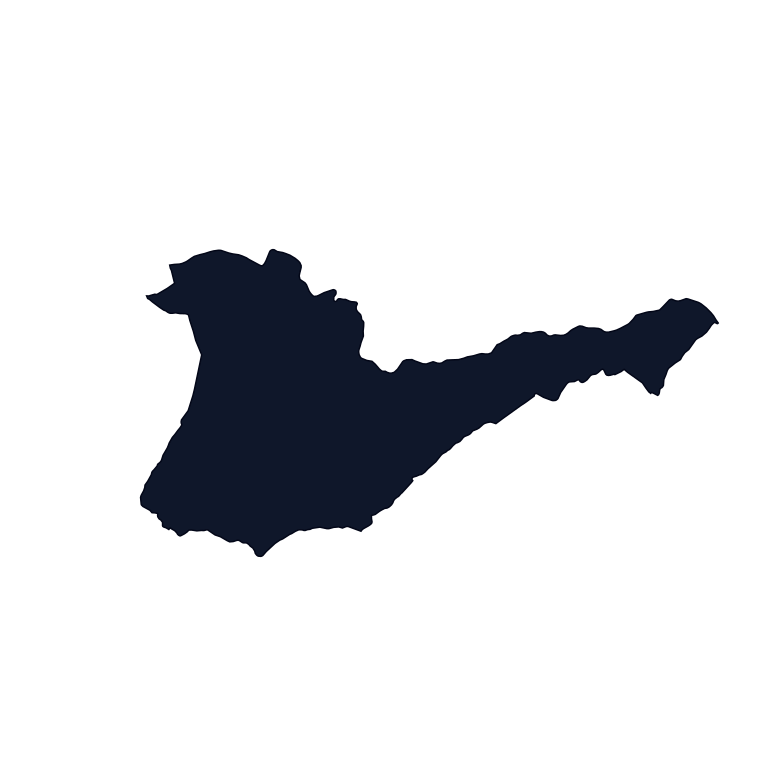 Guachapala, Azuay, Ecuador, rotated 33°
{"feature_id": "8360857B86752754342516", "entity_name": "Guachapala", "entity_type": "district", "adm_level": 2, "iso_a3": "ECU", "parent_name": "Ecuador", "parent_adm1": "Azuay", "projection": "natural_earth1", "projection_center": [-78.692, -2.767], "detail": "fine", "context": "isolated", "style": "filled", "palette": "ink", "viewbox_px": 768, "rotation_deg": 33, "n_neighbors": 0, "source": "geoboundaries", "source_scale": "gbopen_adm2", "svg_char_len": 6170}
<svg xmlns="http://www.w3.org/2000/svg" viewBox="0 0 768 768"><g transform="rotate(33 384 384)"><path d="M612.8,246.6L612.8,246.1L613.0,245.4L614.6,245.0L619.7,244.5L620.1,243.4L619.8,241.7L618.4,238.7L618.2,237.8L618.5,236.6L619.0,235.7L619.2,234.4L619.1,233.0L616.3,227.9L615.3,222.5L614.3,218.6L614.1,216.8L614.2,215.5L616.8,207.7L619.2,202.4L619.3,201.6L619.0,198.6L619.2,193.9L620.8,189.1L621.3,177.2L622.1,175.0L624.5,170.7L626.2,164.9L626.5,160.1L626.5,156.4L627.2,153.1L627.9,152.2L630.6,151.9L631.0,151.4L631.1,150.8L627.7,149.5L623.1,147.3L619.3,146.1L612.7,144.7L606.3,144.1L604.5,144.2L602.9,144.4L592.7,147.1L590.9,147.9L587.3,152.6L585.7,154.2L583.3,155.4L579.2,156.2L578.6,156.6L577.6,158.0L575.8,167.6L574.9,171.7L574.5,172.3L570.3,176.5L566.4,179.6L564.9,181.1L558.4,188.6L558.0,189.4L557.7,194.1L556.7,199.6L556.0,201.3L551.9,208.6L549.6,212.2L547.9,214.2L544.2,218.1L542.3,219.4L541.0,219.9L539.7,220.2L536.2,220.0L533.7,220.6L529.5,222.8L525.3,225.6L522.9,226.7L518.8,227.6L516.6,228.7L515.6,229.9L512.4,235.4L511.5,237.5L510.6,240.9L509.6,243.2L508.2,245.2L505.7,247.1L500.9,249.5L499.8,250.4L498.3,252.5L496.3,253.9L493.9,254.1L492.1,253.6L491.0,253.5L489.5,253.6L487.4,254.4L485.7,255.5L483.0,257.9L479.8,261.3L473.7,264.4L472.6,266.0L471.6,268.5L469.4,270.5L467.9,271.2L466.7,272.2L465.1,274.2L464.6,275.1L463.5,278.6L462.8,280.0L461.2,282.8L459.2,287.1L457.5,289.4L457.2,299.3L455.1,302.1L452.6,303.7L449.6,305.2L447.8,306.8L443.6,311.7L439.1,315.9L436.9,318.9L433.3,322.9L423.8,329.6L422.5,331.7L421.0,334.9L419.4,336.4L417.3,337.5L413.6,338.4L412.9,338.8L408.6,344.2L405.6,345.9L397.5,347.8L394.2,348.3L389.7,351.4L388.0,353.7L387.5,355.0L387.3,364.2L386.2,368.6L384.3,370.9L382.9,371.8L380.2,372.5L378.2,372.6L376.4,373.8L375.5,374.2L374.6,374.3L372.1,374.0L366.0,372.2L361.6,371.5L356.7,373.6L351.0,374.7L349.4,374.3L347.1,372.9L345.3,370.9L344.4,369.2L343.3,365.1L342.2,361.9L340.6,355.0L337.7,351.0L335.5,346.7L333.6,343.6L332.6,342.8L330.2,342.2L328.5,340.2L326.9,338.8L325.8,338.4L322.7,337.8L321.0,337.1L319.9,336.3L318.5,334.3L318.0,331.6L317.7,331.0L316.3,330.5L314.8,331.1L311.6,332.8L310.0,333.3L305.7,334.0L303.9,335.2L300.8,336.4L299.5,337.3L299.0,338.5L299.1,340.0L298.7,340.9L298.0,341.4L297.3,341.5L296.2,341.1L294.5,338.3L294.7,335.2L294.4,334.1L293.7,333.0L292.9,332.2L291.7,332.0L290.4,332.3L289.6,333.0L284.1,339.9L280.8,345.5L279.8,346.9L277.4,348.8L274.6,348.4L272.2,347.6L270.5,346.8L264.9,343.0L262.7,342.2L256.6,342.1L254.0,339.6L253.0,337.1L251.1,331.5L250.0,329.8L247.2,328.0L244.6,327.4L241.0,327.0L235.0,327.2L230.7,328.1L227.5,328.9L222.3,331.1L218.9,331.2L217.6,331.8L216.7,332.8L216.1,334.1L216.1,335.4L217.9,344.7L218.2,348.0L217.9,350.0L217.6,351.1L216.5,351.8L214.7,352.1L203.0,353.1L199.9,353.1L195.2,353.9L191.7,354.8L186.3,357.3L182.4,358.7L174.3,360.8L172.2,362.1L168.5,365.3L166.1,367.9L162.6,372.2L159.1,375.9L155.4,380.3L154.0,383.3L152.1,388.0L151.2,389.7L149.1,392.8L147.2,394.8L142.9,398.0L139.5,401.0L141.8,403.3L143.8,404.5L153.5,413.6L150.1,422.0L144.9,432.4L144.4,432.8L142.8,433.6L139.5,437.4L138.9,438.2L136.9,439.4L139.2,441.0L141.3,440.8L145.1,441.3L154.0,441.9L159.0,442.0L161.1,441.5L163.5,441.6L165.3,441.4L166.3,441.0L167.9,440.0L170.5,437.8L174.4,436.1L178.8,433.4L180.1,432.8L182.4,432.5L186.5,436.4L195.5,443.7L202.4,450.0L215.2,458.8L227.9,491.6L230.1,497.9L234.3,513.0L233.7,524.4L234.4,526.1L235.2,527.2L236.4,528.0L236.8,528.9L236.8,531.7L236.4,535.3L236.1,540.3L235.6,544.1L236.0,550.5L236.6,553.0L237.1,555.7L237.5,564.1L238.8,568.7L239.0,570.4L238.8,571.8L237.9,574.6L238.4,576.3L237.8,581.3L237.4,583.2L237.4,584.4L238.3,587.0L238.8,594.3L238.6,598.9L239.7,601.0L240.0,602.1L240.6,604.5L241.0,609.7L241.6,611.7L245.8,617.0L246.4,617.5L248.5,618.0L256.5,617.4L259.5,618.3L262.2,616.8L264.8,615.8L265.6,617.4L266.6,618.6L268.8,619.6L270.9,619.6L273.6,620.6L275.4,623.4L276.1,623.9L277.3,623.9L279.6,623.3L282.8,623.2L282.9,621.9L283.2,621.0L284.5,621.2L288.4,621.0L291.3,621.7L292.9,622.5L294.3,622.7L295.7,622.5L296.4,621.6L298.2,618.4L299.4,615.4L299.8,613.3L300.2,612.6L302.1,611.3L307.0,609.1L310.6,606.3L312.8,605.0L314.6,603.0L315.5,602.4L324.5,602.6L329.9,601.2L337.9,600.8L340.6,600.4L343.3,598.3L345.9,595.1L346.8,594.5L347.7,594.1L351.6,594.1L352.6,593.8L355.1,592.2L356.2,592.1L358.1,592.2L360.0,592.8L363.3,593.0L366.4,594.4L368.4,596.2L370.6,596.9L372.2,596.9L374.5,595.7L375.3,594.8L375.8,593.7L376.5,588.6L379.4,577.1L381.6,571.8L383.4,569.1L386.8,561.5L388.0,559.8L389.9,555.8L391.8,552.9L392.8,552.1L394.9,550.9L396.7,550.4L397.7,549.7L399.2,547.8L401.2,546.1L402.5,544.0L408.2,539.0L414.9,536.4L416.6,535.3L419.9,531.6L423.9,528.5L427.6,527.4L429.8,524.3L430.7,523.5L431.7,523.0L444.9,520.0L445.0,518.2L445.6,516.4L448.2,511.5L449.2,509.1L449.5,507.5L449.1,506.2L446.9,503.8L445.0,501.0L446.6,499.5L447.7,498.1L449.5,493.3L450.6,491.0L452.3,488.0L454.1,486.4L455.1,484.7L455.5,483.6L456.1,481.2L456.1,478.8L455.7,477.1L455.6,475.8L455.8,474.3L456.8,471.4L457.4,470.4L458.0,466.1L458.3,465.7L460.6,451.8L460.8,449.4L459.3,448.8L458.9,447.9L458.9,446.9L459.3,446.0L461.4,443.6L463.1,441.0L464.6,439.5L465.2,438.4L466.2,435.8L467.0,431.2L469.8,421.0L470.5,413.3L470.8,411.6L471.2,410.4L473.0,407.1L473.5,405.1L474.5,403.4L474.9,401.9L475.4,398.2L476.4,394.6L477.6,393.1L478.9,390.9L479.4,388.1L479.5,386.5L479.7,385.3L480.3,383.9L482.6,380.6L483.5,378.5L483.9,375.0L486.6,371.2L487.7,369.0L489.2,363.5L490.0,362.0L491.6,360.1L493.8,358.0L495.5,357.3L499.4,356.3L502.7,347.4L510.3,327.9L513.0,321.6L516.5,312.3L515.9,311.0L516.1,309.8L516.6,309.2L517.7,308.7L525.0,308.3L533.5,306.4L534.6,306.0L536.4,304.7L537.1,303.9L537.7,302.3L537.8,301.3L536.8,294.9L537.1,284.7L537.4,283.0L538.3,281.3L542.4,278.2L544.3,274.9L544.9,274.5L545.6,274.5L547.3,275.1L548.2,275.1L549.0,274.9L549.8,274.4L550.4,273.6L551.0,272.5L552.0,269.9L552.6,264.3L553.6,262.6L555.8,260.7L556.5,259.8L557.4,257.5L558.4,253.7L559.2,252.5L560.4,252.4L561.0,252.7L564.7,255.0L566.2,255.2L567.7,254.5L569.1,253.3L571.3,250.8L571.8,250.4L572.5,250.4L576.1,244.4L577.4,240.9L581.9,241.5L600.1,242.3L606.0,244.8L610.4,246.4L612.8,246.6Z" fill="#0f172a" stroke="#020617" stroke-width="1.5"/></g></svg>